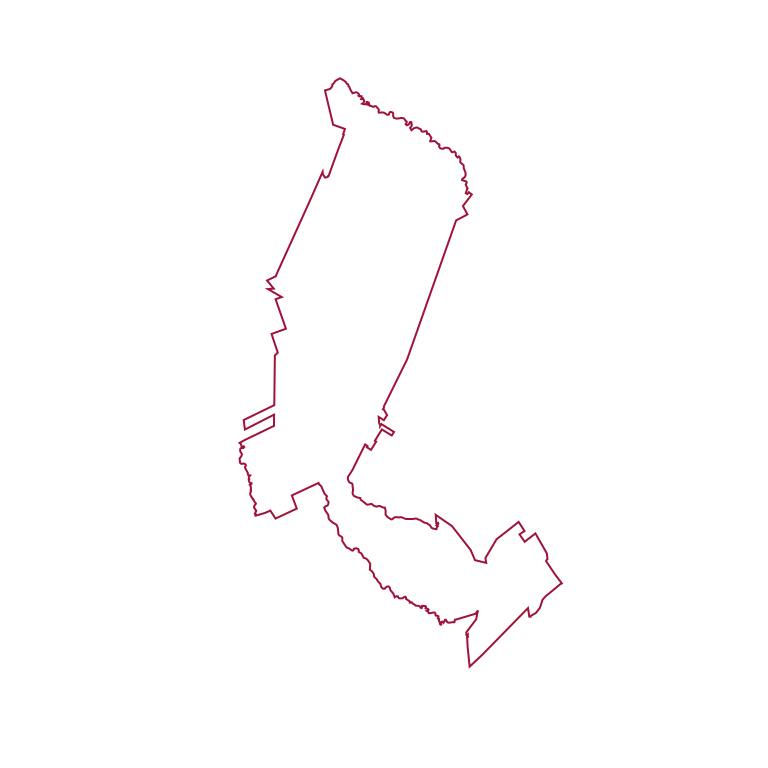 Güémez, Tamaulipas, Mexico (orthographic projection), rotated 241°
{"feature_id": "50627088B77034241213697", "entity_name": "Güémez", "entity_type": "district", "adm_level": 2, "iso_a3": "MEX", "parent_name": "Mexico", "parent_adm1": "Tamaulipas", "projection": "orthographic", "projection_center": [-99.141, 23.887], "detail": "fine", "context": "isolated", "style": "outline", "palette": "rose", "viewbox_px": 768, "rotation_deg": 241, "n_neighbors": 0, "source": "geoboundaries", "source_scale": "gbopen_adm2", "svg_char_len": 6164}
<svg xmlns="http://www.w3.org/2000/svg" viewBox="0 0 768 768"><g transform="rotate(241 384 384)"><path d="M110.1,398.3L109.4,399.4L110.0,399.8L110.1,405.9L112.7,411.9L118.4,418.0L119.9,422.1L123.5,441.4L123.4,442.9L134.4,441.3L150.4,439.9L151.0,440.3L151.5,442.0L156.8,444.3L179.9,444.0L177.8,430.6L186.8,429.6L187.3,435.6L198.1,434.9L193.6,407.1L182.6,388.3L178.0,386.7L185.8,378.2L196.7,379.3L226.7,374.6L244.5,365.8L236.9,362.2L236.7,362.2L236.5,363.9L235.4,363.8L234.9,361.6L234.4,362.1L233.5,362.2L233.1,360.8L231.6,359.5L233.6,357.0L235.1,355.9L238.5,355.6L239.8,354.7L241.1,354.3L243.4,351.9L247.6,349.6L249.0,348.2L250.0,347.7L251.4,345.6L251.8,344.1L255.3,337.7L259.2,334.5L260.0,332.4L261.6,330.3L262.3,328.2L261.7,325.6L262.1,324.7L265.8,322.6L268.9,322.0L272.6,324.1L275.5,324.8L276.2,323.5L279.1,321.4L279.6,320.8L280.3,318.2L281.2,317.1L282.4,316.1L285.2,315.0L286.3,311.4L286.8,310.6L293.7,307.7L294.7,307.6L295.8,308.0L297.9,305.4L300.8,303.4L302.8,303.3L304.2,303.8L306.0,305.4L311.6,307.8L312.5,307.8L314.4,306.3L315.6,305.9L318.2,306.2L320.2,307.5L324.1,314.7L340.3,338.2L337.7,339.5L337.0,338.3L332.7,340.7L337.4,349.2L338.7,348.4L345.3,360.1L335.2,365.8L337.2,369.5L350.2,362.3L349.1,360.3L350.0,360.8L351.8,360.7L357.8,363.4L352.4,366.3L355.3,371.6L361.2,371.5L362.4,370.8L363.1,372.3L364.5,373.1L394.2,416.0L492.1,526.4L491.9,539.2L501.4,539.3L507.2,552.7L510.6,551.2L509.7,549.1L511.2,548.0L514.4,551.5L514.5,551.9L518.6,552.0L520.3,554.2L521.2,554.2L524.5,551.1L525.3,551.8L525.9,555.3L527.3,556.8L529.6,557.8L534.0,558.4L536.8,559.7L540.6,558.3L541.3,558.3L543.2,559.7L545.5,560.2L546.8,559.8L546.4,558.2L547.6,557.7L549.2,557.7L551.4,558.8L553.1,558.4L553.5,556.3L554.0,555.7L558.1,555.4L559.5,554.4L560.7,552.7L561.2,551.4L560.9,550.0L562.7,547.5L565.0,547.2L565.8,548.2L566.8,548.6L567.8,547.6L571.1,546.6L572.1,545.8L573.7,542.1L574.0,542.0L576.4,544.8L581.1,544.5L581.9,542.9L583.8,543.8L584.7,543.6L585.8,540.4L586.7,539.3L588.8,539.7L592.5,537.1L593.2,534.4L592.6,531.1L595.4,531.0L596.2,533.0L597.0,534.0L597.9,533.9L599.5,534.9L599.9,534.8L600.3,534.3L600.4,533.6L599.2,531.8L599.0,530.2L599.3,529.3L600.8,529.0L601.6,530.5L602.5,531.1L604.1,530.4L604.9,530.5L606.8,530.1L608.4,528.0L609.2,525.4L610.2,523.5L611.6,521.9L613.4,521.7L616.4,523.3L617.3,523.1L618.6,521.9L618.9,521.2L618.8,520.5L617.3,519.0L617.8,517.4L621.4,515.5L622.6,513.7L623.8,511.0L624.9,511.2L626.0,512.3L626.7,512.5L630.7,511.7L631.5,510.5L631.4,509.7L631.7,508.8L632.5,508.4L634.3,506.4L635.9,505.7L636.1,505.9L635.6,506.7L637.7,507.0L637.8,506.3L638.9,506.0L639.0,505.6L638.6,505.2L636.8,504.6L637.4,504.0L638.4,502.0L639.7,500.8L639.8,502.2L640.7,503.8L644.0,504.2L644.6,503.5L643.9,502.6L644.3,502.1L645.3,503.4L646.6,503.9L647.0,503.6L647.4,502.0L648.2,501.4L648.6,501.4L648.8,502.3L650.0,502.6L651.7,501.9L652.5,501.2L652.8,500.8L653.5,497.5L657.4,497.3L660.8,497.7L661.5,497.3L662.4,497.7L663.6,497.8L664.3,497.2L666.8,496.9L669.3,495.9L672.7,493.6L672.7,488.5L671.1,485.2L671.2,484.4L670.6,483.7L669.4,483.0L668.2,479.9L669.4,474.7L635.4,465.2L626.0,473.5L622.2,469.3L621.4,469.7L612.0,458.4L592.8,436.4L593.0,435.8L592.4,435.2L592.9,432.9L593.2,432.5L597.1,432.3L599.3,433.2L577.2,404.0L534.6,346.6L531.3,342.2L530.7,341.9L531.2,331.9L520.9,333.8L523.3,328.5L509.6,336.7L510.7,330.3L479.9,325.0L482.3,309.9L462.9,306.3L461.9,302.4L418.7,277.8L420.5,243.8L411.6,240.3L410.5,273.0L400.7,267.5L402.5,235.2L402.5,229.1L400.7,229.7L398.1,229.1L397.9,229.2L397.5,231.1L396.5,231.1L396.2,229.8L397.3,228.0L397.1,227.2L396.7,226.6L394.8,225.6L392.8,225.8L391.1,225.5L389.9,224.0L388.9,221.6L384.9,219.9L383.3,220.5L382.4,222.9L380.9,223.9L379.7,223.8L378.9,222.3L377.5,221.8L372.3,221.8L371.2,221.2L370.2,221.1L368.9,222.6L368.2,220.7L367.3,220.2L366.2,220.1L366.2,219.5L364.9,218.9L363.2,218.7L361.5,219.3L361.5,219.9L360.8,219.6L360.8,217.7L358.9,217.8L355.9,216.4L356.0,216.1L354.2,215.3L354.2,214.8L353.1,213.9L351.8,213.3L346.7,213.5L346.7,213.8L342.9,213.7L341.8,214.1L341.3,213.8L340.2,211.4L339.0,210.4L335.5,210.8L334.9,210.6L335.0,210.3L333.8,209.1L333.5,209.2L332.8,208.7L332.9,208.4L331.8,208.5L331.5,208.3L331.7,207.9L331.1,207.8L328.9,217.6L328.4,223.2L318.9,223.9L317.3,247.3L331.2,249.4L329.2,278.8L327.9,278.5L325.9,279.3L324.7,279.5L316.9,278.8L313.5,279.7L312.5,278.5L311.0,277.8L308.0,278.3L306.8,277.8L305.4,276.3L305.1,275.5L305.4,273.7L305.0,271.8L301.9,271.3L296.9,271.8L295.6,271.5L293.6,270.5L291.7,270.5L288.0,271.8L284.5,273.9L283.5,274.2L280.3,273.8L274.6,271.3L273.2,271.5L270.9,272.9L269.7,273.0L267.2,271.5L265.7,271.5L260.2,271.9L258.6,272.4L257.1,273.7L254.2,275.1L253.5,275.7L253.4,276.5L253.7,277.2L254.4,277.5L254.3,278.9L253.9,279.9L252.1,281.5L251.2,281.5L249.5,280.5L246.6,282.1L241.9,282.0L239.9,283.7L238.1,284.4L233.5,284.8L228.5,281.6L226.3,282.6L224.3,282.9L222.3,282.9L221.1,282.2L219.9,282.0L216.9,283.0L215.9,282.9L212.9,283.3L211.8,283.8L210.9,283.9L207.9,283.2L205.9,283.7L205.2,284.2L204.7,285.2L204.6,285.9L205.2,286.6L205.3,288.5L205.1,289.4L204.3,290.1L203.3,290.3L200.3,289.7L196.2,290.5L192.2,290.0L192.4,291.7L192.2,292.3L191.4,293.2L190.5,292.9L189.3,293.3L188.6,294.2L187.6,296.4L187.9,298.8L187.7,299.4L186.8,299.8L185.4,299.1L181.3,301.2L180.3,300.6L179.5,302.5L178.6,302.4L175.7,304.0L175.0,304.1L173.3,306.5L172.4,307.4L170.4,307.6L169.8,308.1L169.9,308.6L171.5,309.6L171.4,310.2L170.7,310.9L170.0,312.1L169.1,312.8L168.3,312.5L167.9,311.6L167.6,311.7L166.0,313.3L165.0,313.6L164.5,312.8L164.8,311.5L163.4,312.3L162.1,312.0L161.5,312.4L159.9,317.1L159.3,317.7L158.6,317.8L156.7,317.0L156.2,317.1L155.7,318.0L154.6,319.0L154.2,318.9L152.9,317.5L152.6,317.5L152.0,318.3L151.6,318.3L150.3,317.2L148.8,317.3L146.9,316.6L146.1,316.8L145.9,317.4L147.4,317.7L148.1,318.9L147.9,319.7L147.5,320.0L146.3,320.1L146.7,321.1L148.2,322.9L148.2,323.3L147.8,323.7L147.0,323.4L146.5,323.8L144.7,324.0L143.7,325.1L142.3,328.9L141.6,329.6L141.6,330.3L142.8,331.0L143.5,331.8L143.1,332.7L138.7,352.6L140.4,356.4L133.5,350.5L126.9,335.6L124.7,334.4L123.4,334.6L123.9,335.7L122.0,334.7L122.2,333.9L113.3,329.6L95.3,321.9L99.5,338.6L118.2,401.3L110.1,398.3Z" fill="none" stroke="#9f1239" stroke-width="2"/></g></svg>